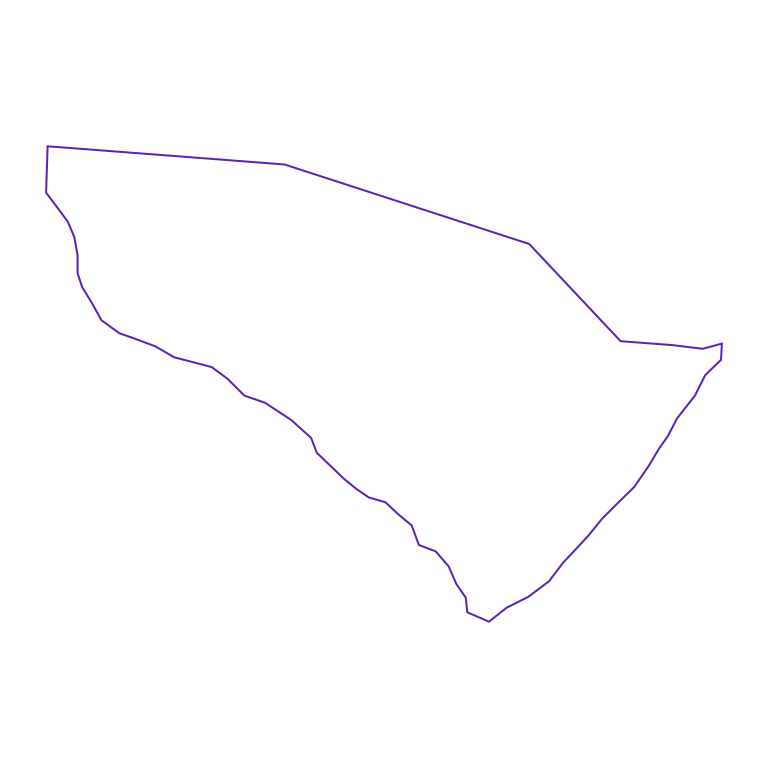 São Miguel dos Milagres, Alagoas, Brazil (Mercator projection)
{"feature_id": "56859067B37643170817280", "entity_name": "São Miguel dos Milagres", "entity_type": "district", "adm_level": 2, "iso_a3": "BRA", "parent_name": "Brazil", "parent_adm1": "Alagoas", "projection": "mercator", "projection_center": [-35.405, -9.238], "detail": "fine", "context": "isolated", "style": "outline", "palette": "violet", "viewbox_px": 768, "rotation_deg": 0, "n_neighbors": 0, "source": "geoboundaries", "source_scale": "gbopen_adm2", "svg_char_len": 814}
<svg xmlns="http://www.w3.org/2000/svg" viewBox="0 0 768 768"><path d="M488.9,621.7L506.7,607.7L528.3,596.8L549.1,581.2L562.9,562.9L576.1,548.9L589.0,534.9L602.3,518.5L617.0,503.8L634.1,487.1L648.6,466.1L658.8,449.0L667.8,436.2L677.1,418.3L694.9,395.7L705.1,375.3L721.0,359.8L721.9,343.6L702.7,348.8L672.3,345.1L620.6,341.2L529.2,244.0L284.5,164.5L47.6,146.3L46.1,192.6L58.4,209.0L67.7,221.5L74.3,237.0L77.6,255.3L77.6,273.3L82.2,287.3L90.9,301.3L101.4,320.2L119.4,333.3L133.3,338.1L155.5,346.4L174.2,357.3L211.7,367.1L227.4,378.7L244.5,395.7L264.9,402.7L291.4,420.1L311.2,438.0L316.7,452.7L327.5,463.0L343.7,478.6L356.3,488.9L368.7,497.4L385.5,502.3L397.8,513.9L411.7,525.5L418.9,545.0L435.7,551.4L448.6,566.3L456.5,584.3L465.8,597.7L467.3,612.3L488.9,621.7Z" fill="none" stroke="#5b21b6" stroke-width="2"/></svg>